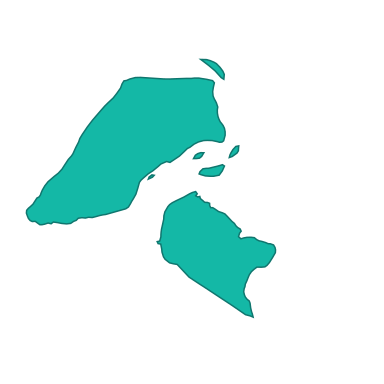 Cajapió, Maranhão, Brazil (Albers equal-area conic projection), rotated 216°
{"feature_id": "56859067B62856742471804", "entity_name": "Cajapió", "entity_type": "district", "adm_level": 2, "iso_a3": "BRA", "parent_name": "Brazil", "parent_adm1": "Maranhão", "projection": "albers", "projection_center": [-44.622, -2.889], "detail": "fine", "context": "isolated", "style": "filled", "palette": "teal", "viewbox_px": 384, "rotation_deg": 216, "n_neighbors": 0, "source": "geoboundaries", "source_scale": "gbopen_adm2", "svg_char_len": 3538}
<svg xmlns="http://www.w3.org/2000/svg" viewBox="0 0 384 384"><g transform="rotate(216 192 192)"><path d="M311.0,75.8L308.7,74.4L306.1,73.8L303.9,74.2L301.6,76.1L298.1,76.1L295.9,76.1L294.1,77.4L292.3,79.4L290.2,82.3L287.3,83.5L286.5,86.2L282.6,88.3L278.9,90.0L274.7,92.5L271.7,95.3L270.5,98.7L269.0,101.0L268.6,103.9L266.0,106.5L262.9,108.3L260.8,110.8L257.7,112.7L255.3,115.6L252.7,118.9L250.6,121.2L248.6,123.1L235.7,139.5L234.6,142.5L234.9,146.3L235.3,149.0L235.5,152.1L236.1,157.2L238.1,163.2L240.2,168.9L240.2,171.6L239.6,174.6L238.1,181.0L236.1,186.2L235.3,189.3L234.4,192.7L233.6,196.4L230.5,201.7L227.2,203.0L223.3,213.6L222.1,219.9L221.3,224.5L220.0,226.9L218.4,232.1L216.2,236.3L212.8,240.5L209.9,242.8L205.9,245.5L201.2,247.6L199.0,248.4L197.1,250.0L196.5,252.0L198.5,257.3L200.6,260.2L203.2,262.6L206.0,264.1L208.2,264.8L210.5,265.4L213.1,266.8L215.4,268.4L217.8,270.7L219.8,273.3L221.1,275.9L224.6,278.4L226.5,279.4L228.7,280.4L231.4,282.1L234.3,285.4L236.2,289.1L238.1,293.5L240.8,294.2L244.0,292.8L246.1,291.9L248.1,290.9L250.6,289.6L253.4,288.2L257.2,285.4L259.3,283.5L263.8,280.2L269.7,275.6L276.3,270.4L281.2,266.9L292.3,259.9L300.9,254.5L305.1,251.3L308.7,246.9L310.5,243.8L312.4,241.9L312.1,238.3L310.9,234.1L310.8,227.6L311.0,221.8L312.3,215.1L313.1,210.3L313.6,204.8L314.2,197.8L314.7,191.5L314.9,183.3L314.6,174.1L314.2,169.4L313.1,165.8L312.2,159.8L310.8,153.0L310.7,150.3L311.2,145.6L310.9,139.1L310.6,134.1L311.2,128.7L312.6,123.8L313.7,119.1L314.5,115.8L314.7,110.5L314.2,105.6L313.6,102.9L312.8,100.2L312.9,97.9L313.9,96.0L313.7,92.1L313.5,88.7L314.2,85.1L314.8,82.6L315.0,80.0L313.6,77.6L311.0,75.8ZM69.0,126.7L71.5,128.8L73.4,130.1L76.3,132.6L79.7,136.2L81.7,137.5L84.4,137.6L87.2,138.4L89.0,139.5L91.5,141.6L93.0,144.5L93.5,146.5L94.7,148.8L95.4,152.3L96.3,155.7L97.0,158.8L97.1,162.4L96.4,165.9L95.3,169.4L91.5,172.1L89.0,174.3L88.2,176.7L87.9,180.3L88.3,186.3L88.9,191.9L90.4,194.3L92.2,195.9L94.9,197.1L98.1,196.2L100.1,194.9L102.6,194.4L106.4,193.1L109.1,191.9L111.6,191.5L114.7,191.7L117.6,190.1L120.9,187.6L123.1,185.3L124.9,182.9L128.1,183.2L129.3,186.6L129.2,189.2L131.3,190.4L134.2,190.1L136.7,190.5L139.2,191.5L142.4,191.7L149.0,193.0L152.5,193.6L155.3,193.0L159.0,191.8L163.6,191.7L166.0,191.5L167.7,190.3L169.7,191.4L171.1,193.2L173.4,192.6L175.7,191.1L178.3,191.4L181.4,191.6L183.1,193.0L184.4,191.4L186.8,191.1L186.7,193.6L189.3,194.5L191.4,191.8L192.9,189.1L195.6,183.1L199.7,175.6L201.7,171.6L202.7,168.6L202.9,166.0L202.3,160.1L200.8,156.3L198.9,153.4L197.5,150.2L196.1,147.0L194.8,144.0L193.4,141.4L192.3,139.6L190.8,137.4L189.3,133.3L191.0,131.4L189.1,130.3L186.7,131.5L182.9,128.0L180.9,125.7L177.0,122.8L174.1,121.7L168.5,121.5L164.8,123.0L161.4,124.7L144.3,121.4L131.0,122.0L127.9,122.2L92.6,123.8L76.6,124.2L72.0,126.0L69.0,126.7ZM183.4,232.0L184.9,230.0L186.8,227.6L190.3,223.5L192.4,221.0L194.4,219.5L196.8,217.2L197.5,213.2L196.9,210.8L194.9,211.3L190.6,212.9L186.3,215.6L183.8,217.4L179.9,221.6L179.9,226.9L181.0,232.1L183.4,232.0ZM258.0,307.7L262.8,304.4L252.9,304.2L244.7,303.6L235.6,301.7L232.5,301.9L235.0,306.1L238.1,307.9L240.3,308.6L242.6,309.3L247.7,310.2L250.6,309.9L254.4,309.0L258.0,307.7ZM183.3,254.6L183.8,250.4L183.5,246.6L183.1,244.4L182.1,241.8L180.3,244.4L178.5,249.9L178.7,252.6L179.8,254.3L181.3,256.8L183.3,254.6ZM208.1,228.9L209.9,226.4L210.9,223.7L210.4,219.9L207.9,221.8L205.8,223.8L205.1,226.4L205.5,230.7L208.1,228.9ZM234.5,182.3L235.5,179.0L234.9,176.8L232.7,180.7L232.4,183.3L234.5,182.3Z" fill="#14b8a6" stroke="#0f766e" stroke-width="1.5"/></g></svg>